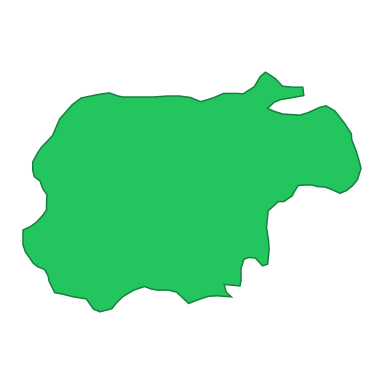 outline of Kythrea, Cyprus
{"feature_id": "46923920B79735080950655", "entity_name": "Kythrea", "entity_type": "district", "adm_level": 2, "iso_a3": "CYP", "parent_name": "Cyprus", "parent_adm1": "", "projection": "natural_earth1", "projection_center": [33.485, 35.259], "detail": "fine", "context": "isolated", "style": "filled", "palette": "green", "viewbox_px": 384, "rotation_deg": 0, "n_neighbors": 0, "source": "geoboundaries", "source_scale": "gbopen_adm2", "svg_char_len": 1559}
<svg xmlns="http://www.w3.org/2000/svg" viewBox="0 0 384 384"><path d="M188.7,303.5L197.6,299.9L208.3,296.3L217.0,295.8L231.3,296.8L226.2,292.2L224.2,284.4L234.4,285.4L240.0,285.9L241.0,280.8L241.0,268.3L244.1,259.0L249.2,257.5L255.3,258.0L262.5,265.8L267.6,264.2L269.1,249.7L268.6,240.9L266.5,227.4L268.1,210.9L278.3,201.6L283.9,201.6L288.3,198.5L292.1,195.9L294.6,191.2L298.2,185.5L304.8,185.0L312.0,185.0L317.1,186.5L325.2,187.1L331.9,189.6L340.0,193.3L346.2,190.7L348.9,188.6L352.3,186.0L357.4,179.8L361.0,168.4L358.9,160.1L355.9,150.3L351.8,140.0L351.3,133.7L344.6,123.4L334.9,111.0L326.2,105.8L322.5,106.7L319.6,107.4L308.4,112.5L300.2,115.1L282.9,114.1L274.7,111.5L267.5,108.4L274.2,102.2L280.8,99.6L293.1,97.5L303.8,95.5L302.8,87.2L292.6,87.2L282.3,86.1L275.7,78.9L272.5,76.7L265.5,72.2L260.4,76.3L254.3,86.7L243.0,93.9L236.4,93.4L223.7,93.4L212.9,98.0L200.7,101.7L190.5,97.5L179.2,96.0L168.0,96.0L153.2,97.0L134.8,97.0L123.1,97.0L118.0,96.0L109.3,92.9L98.6,94.4L81.2,98.0L72.1,104.8L65.9,112.0L59.8,118.7L56.2,127.0L52.7,135.3L47.0,141.5L41.9,146.7L37.9,152.4L32.8,161.7L32.7,170.0L34.3,176.7L39.9,180.8L43.0,189.1L47.0,194.8L46.5,203.6L46.5,209.8L43.0,215.0L36.3,222.3L30.7,226.4L23.0,230.0L23.0,237.3L23.0,245.0L25.6,252.3L29.7,258.0L33.2,263.2L37.8,266.8L44.5,269.4L48.0,275.6L49.1,281.3L54.7,292.7L62.9,294.2L73.1,296.8L86.3,298.9L93.5,309.2L100.1,311.8L111.9,308.7L115.9,303.5L122.6,296.8L133.8,290.1L144.5,286.5L151.2,289.0L157.3,290.1L168.5,290.1L176.7,292.2L184.3,299.4L188.7,303.5Z" fill="#22c55e" stroke="#15803d" stroke-width="1.5"/></svg>